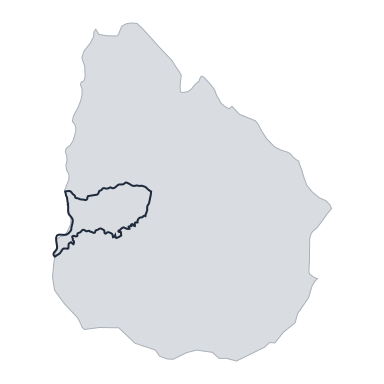 Río Negro on a map of Uruguay (Equal Earth projection)
{"feature_id": "URY-9", "entity_name": "Río Negro", "entity_type": "Department", "adm_level": 1, "iso_a3": "URY", "parent_name": "Uruguay", "parent_adm1": "", "projection": "equal_earth", "projection_center": [-57.526, -32.894], "detail": "fine", "context": "in_parent", "style": "outline", "palette": "slate", "viewbox_px": 384, "rotation_deg": 0, "n_neighbors": 0, "source": "natural_earth", "source_scale": "10m", "svg_char_len": 5121}
<svg xmlns="http://www.w3.org/2000/svg" viewBox="0 0 384 384"><path d="M317.5,278.6L314.9,281.2L312.0,286.1L308.6,297.7L297.5,313.8L295.1,322.8L283.3,332.3L274.9,342.9L269.5,342.6L264.6,347.2L236.5,361.0L226.5,358.4L219.1,358.4L212.3,352.3L196.6,350.1L186.7,352.6L173.4,359.2L169.4,359.1L166.5,358.8L159.4,356.0L155.5,350.1L135.1,343.3L118.7,327.8L99.3,327.5L84.5,329.5L82.2,327.5L80.6,323.5L77.6,317.8L64.7,304.1L54.6,290.4L52.5,277.0L53.9,262.4L56.9,245.1L56.3,239.7L60.1,236.6L63.8,236.0L67.3,231.5L70.5,224.7L71.0,219.6L68.5,210.1L66.8,196.7L64.7,190.1L68.8,179.6L69.0,174.5L66.6,170.0L65.9,165.4L67.0,160.7L66.8,156.1L65.3,151.7L66.4,148.1L70.2,145.2L73.0,140.8L74.8,134.9L75.8,130.4L75.8,127.3L74.7,124.3L72.3,121.5L73.4,116.0L77.9,107.8L80.8,100.4L82.1,94.0L82.0,88.8L80.5,84.9L81.1,82.2L83.9,80.8L85.1,76.7L84.7,66.3L81.8,57.8L84.0,51.0L90.3,43.1L93.6,36.8L93.9,32.0L95.8,29.2L98.8,34.4L107.8,35.8L116.8,36.0L118.3,34.7L121.8,26.1L126.5,23.7L131.6,23.0L137.1,23.5L143.0,29.1L159.7,47.6L171.9,60.4L175.6,66.4L178.8,71.0L181.2,75.2L180.1,86.1L180.3,90.9L180.8,92.2L183.6,92.4L187.8,91.6L191.3,89.2L194.0,85.7L196.7,82.9L198.9,81.4L199.7,79.0L200.9,76.6L202.2,76.1L204.6,77.9L210.3,84.1L214.7,89.9L215.7,93.2L217.4,96.7L219.2,99.7L220.5,102.6L224.7,106.4L229.1,108.8L232.0,106.3L239.3,114.2L255.6,120.9L258.5,124.9L261.3,130.5L266.9,139.1L274.7,146.9L281.0,150.1L287.0,152.0L290.4,153.7L292.7,156.7L296.4,159.8L298.7,161.0L299.4,163.9L301.8,170.1L304.1,178.0L306.8,185.3L312.6,192.3L319.2,197.7L326.0,200.8L329.9,204.7L331.5,208.6L326.7,214.5L321.5,221.9L317.0,227.7L312.3,231.8L310.8,234.6L309.7,238.9L309.4,261.8L308.9,270.4L309.2,272.6L309.8,274.1L312.6,276.4L316.1,278.3L317.5,278.6Z" fill="#d9dde1" stroke="#a8b0b8" stroke-width="1"/><path d="M54.9,256.6L53.8,255.5L53.5,254.2L53.8,252.9L54.6,251.8L56.5,249.7L57.0,248.3L57.1,246.7L56.2,240.7L56.1,237.7L57.0,235.5L59.1,234.6L64.0,234.9L66.2,234.7L68.2,233.6L70.1,231.6L71.0,230.3L71.3,229.1L71.4,227.5L71.7,226.3L72.4,223.6L72.8,220.8L72.4,218.8L71.3,217.1L69.0,214.4L68.5,213.2L68.2,211.9L68.1,210.5L68.2,207.3L68.1,205.7L67.7,204.5L68.1,204.0L67.6,202.2L67.0,197.3L66.4,196.3L66.0,195.2L65.2,191.5L66.8,191.2L69.5,191.0L69.9,191.1L70.5,191.4L70.8,191.6L71.1,191.9L71.2,192.1L71.3,192.1L72.7,194.0L72.9,194.2L73.2,194.4L74.3,195.1L74.5,195.4L74.7,195.6L75.0,196.2L75.3,197.5L75.5,197.8L76.0,198.0L76.6,198.2L77.8,198.3L78.9,198.7L79.5,199.1L80.1,199.3L84.7,199.8L85.0,200.0L85.4,200.1L85.9,200.0L86.6,199.6L87.0,199.2L87.3,198.8L87.4,197.4L87.5,197.0L87.7,196.7L87.8,196.4L88.1,196.1L97.2,194.6L97.7,194.2L97.9,193.9L98.3,193.4L98.5,193.1L98.8,192.1L98.9,191.9L99.1,191.3L99.3,191.0L99.6,190.8L99.9,190.7L101.1,190.2L101.4,190.1L101.8,189.6L102.0,189.3L102.4,188.8L102.9,188.4L103.2,188.2L103.7,188.2L104.4,188.2L106.3,188.6L106.8,188.6L108.2,188.4L109.1,188.0L109.9,187.5L110.2,187.4L110.7,187.4L111.8,188.0L112.3,188.2L112.8,188.2L113.8,188.1L114.3,187.9L114.7,187.7L118.1,184.9L118.7,184.6L119.2,184.5L122.5,184.4L123.2,184.3L123.5,184.1L124.0,183.8L125.0,183.0L125.6,182.6L125.8,182.5L126.4,182.6L127.2,182.8L130.1,184.3L131.7,185.4L133.0,185.8L134.2,185.9L135.3,185.8L136.6,185.4L137.2,185.5L139.2,185.9L139.9,186.0L140.4,185.9L141.1,185.8L141.5,185.7L142.4,185.9L145.3,186.9L145.8,187.3L148.7,190.0L149.4,190.5L151.1,191.5L150.8,194.7L149.2,202.5L148.9,203.6L147.9,205.0L147.4,206.0L147.2,207.3L147.1,208.2L147.3,209.6L146.7,211.9L145.8,214.0L145.4,216.1L144.4,215.7L143.4,216.1L142.8,216.9L141.8,217.4L140.2,217.5L139.3,218.0L138.6,218.7L138.1,219.3L137.5,220.8L137.5,221.3L137.6,222.4L136.9,222.6L135.9,222.4L135.0,222.7L134.7,223.3L134.7,224.0L135.0,225.3L134.8,226.1L134.2,225.9L133.4,225.1L133.1,224.9L132.7,224.5L132.3,224.1L131.8,224.1L131.1,224.6L131.1,225.2L131.4,225.7L131.4,226.1L130.7,226.2L129.5,226.3L128.6,226.6L128.7,227.2L129.5,228.3L129.5,228.8L128.8,228.9L127.6,228.9L126.6,228.7L124.4,227.7L123.5,227.4L122.6,227.7L121.6,228.4L120.7,229.2L120.1,230.0L119.6,230.3L118.7,230.5L118.5,230.8L118.4,231.5L118.8,231.9L119.4,232.0L119.9,231.7L121.0,232.2L120.9,233.1L121.2,235.2L121.2,235.6L120.7,235.8L119.4,236.7L117.0,237.8L116.4,238.0L115.8,237.7L115.5,236.9L115.2,235.1L114.7,236.0L113.8,237.0L113.0,237.2L112.5,234.5L111.8,233.7L110.9,233.1L108.8,232.3L108.2,232.2L107.6,232.2L107.0,232.6L105.9,233.5L105.3,233.6L104.8,233.3L104.5,232.7L104.4,231.8L104.4,231.0L104.2,230.5L103.7,230.0L101.4,228.7L100.3,228.5L99.2,228.8L98.1,229.6L97.7,229.8L96.0,230.3L95.6,230.6L95.1,232.1L94.7,232.7L93.7,232.9L91.7,232.0L90.1,231.6L89.4,230.9L88.8,230.8L88.2,230.9L87.1,231.2L86.4,231.3L85.6,230.9L84.1,229.9L83.2,229.8L82.3,230.1L81.7,230.7L81.1,231.5L80.4,232.2L79.6,232.6L78.0,233.1L77.5,233.6L77.3,234.7L77.4,235.5L77.2,236.1L76.0,236.4L75.2,236.3L74.4,236.0L73.6,235.8L72.8,236.1L72.2,236.6L72.2,237.1L72.8,238.4L72.8,238.9L72.8,239.5L72.8,240.1L73.1,240.5L73.8,241.2L73.9,241.3L74.0,242.4L73.8,243.6L73.3,244.2L72.8,243.7L72.5,243.6L71.6,242.7L71.0,242.2L69.2,243.3L68.7,243.9L68.5,244.6L68.5,247.3L68.3,248.4L67.7,248.7L66.2,248.5L63.7,248.5L62.7,249.1L59.9,253.3L54.9,256.6L54.9,256.6Z" fill="none" stroke="#1e293b" stroke-width="2"/></svg>